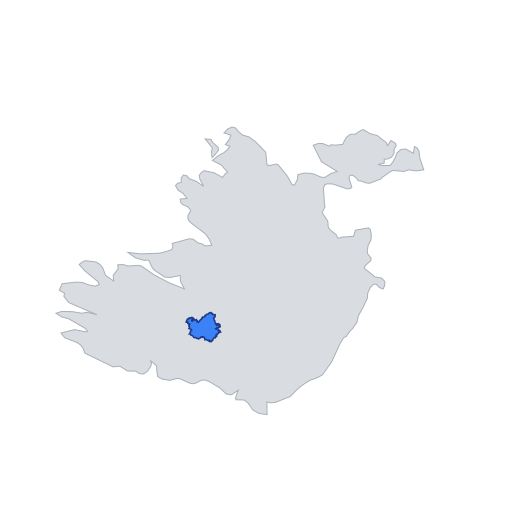 location of Cashel-Tipperary Lea-7, South Tipperary, Ireland, rotated 41°
{"feature_id": "5873133B11959666540716", "entity_name": "Cashel-Tipperary Lea-7", "entity_type": "district", "adm_level": 2, "iso_a3": "IRL", "parent_name": "Ireland", "parent_adm1": "South Tipperary", "projection": "orthographic", "projection_center": [-8.111, 52.526], "detail": "fine", "context": "in_parent", "style": "filled", "palette": "blue", "viewbox_px": 512, "rotation_deg": 41, "n_neighbors": 0, "source": "geoboundaries", "source_scale": "gbopen_adm2", "svg_char_len": 8770}
<svg xmlns="http://www.w3.org/2000/svg" viewBox="0 0 512 512"><g transform="rotate(41 256 256)"><path d="M312.2,95.1L303.5,101.4L302.2,103.8L299.8,113.3L299.6,116.0L294.1,126.5L291.0,128.7L286.4,130.4L283.8,132.1L280.4,131.3L276.2,131.5L274.1,133.4L274.2,134.8L275.5,136.5L283.3,141.3L282.9,143.3L280.7,145.6L266.7,151.3L262.5,154.7L261.1,157.0L262.5,160.7L273.8,172.1L275.7,173.3L277.4,179.9L287.3,182.6L291.4,186.7L295.0,187.7L302.6,187.3L305.7,188.8L307.4,187.6L308.4,185.4L316.8,177.2L314.1,171.3L322.5,160.9L324.9,161.0L328.9,164.1L332.3,168.4L333.5,174.2L336.7,179.3L338.8,181.1L344.3,182.1L345.6,184.1L344.8,191.7L345.6,194.2L359.6,193.7L365.1,190.3L370.0,190.7L372.5,194.1L373.6,197.5L369.5,198.9L365.1,198.3L363.1,200.7L363.0,205.1L364.7,210.8L367.7,214.7L370.3,223.8L372.5,233.9L375.7,239.9L376.5,247.4L376.2,251.2L376.9,257.8L375.7,260.2L376.8,266.5L382.6,286.6L384.1,302.4L381.7,308.4L378.4,314.1L376.3,320.8L374.7,328.1L374.0,339.7L366.8,353.5L363.7,357.0L360.0,359.1L368.4,368.4L361.8,372.8L354.6,374.3L346.5,372.1L341.5,372.5L335.2,377.6L333.7,376.7L330.6,368.9L328.5,377.0L323.9,379.7L315.9,379.2L302.6,381.5L297.5,383.9L295.4,387.5L293.9,391.6L291.8,394.1L289.5,395.4L279.2,398.5L277.1,399.8L272.4,406.5L266.1,410.4L260.9,411.5L256.3,407.6L254.4,405.3L252.3,404.1L245.2,404.2L247.4,405.4L248.9,408.2L249.6,413.5L248.7,418.7L245.2,421.3L241.0,421.7L234.4,427.1L225.6,428.5L220.9,433.4L191.8,441.3L190.1,441.4L186.2,439.2L181.8,438.2L177.5,438.8L165.3,443.2L159.4,442.1L167.2,430.7L177.3,425.0L178.4,423.5L175.1,422.6L156.0,426.2L149.2,429.5L142.6,430.4L145.8,425.2L154.5,418.1L162.0,413.6L165.3,409.4L174.4,404.7L145.2,414.0L137.6,412.6L135.9,409.7L130.0,410.9L127.9,404.1L137.0,394.1L142.2,389.9L148.3,387.7L154.2,384.5L156.5,380.4L153.8,379.0L136.4,379.5L128.1,378.4L128.6,375.1L130.3,371.5L139.1,365.5L143.7,364.7L147.9,365.4L155.1,369.3L164.9,368.3L160.9,364.2L160.4,356.1L157.4,353.3L161.4,349.6L166.0,347.5L173.7,339.9L176.5,338.7L191.4,337.1L207.6,333.3L223.6,327.8L215.5,324.6L211.6,320.4L205.2,328.7L200.7,331.9L187.8,333.4L183.8,332.3L178.1,329.6L176.3,330.6L174.6,332.6L166.1,336.5L157.1,337.3L167.7,330.0L181.1,317.4L184.1,313.4L188.3,306.4L187.1,303.3L184.5,301.5L194.1,287.1L197.5,284.5L203.5,284.2L208.0,282.0L210.0,282.0L211.7,281.2L215.6,276.9L209.7,274.0L203.6,272.5L184.5,273.7L182.0,273.3L179.6,272.0L178.1,270.0L177.1,265.1L175.7,263.9L171.4,263.8L167.2,265.3L164.2,265.0L161.4,262.8L166.1,257.9L160.2,256.6L154.1,257.4L149.1,255.7L149.1,252.6L151.4,249.5L148.5,246.4L148.0,242.6L151.2,240.8L154.7,241.5L161.8,238.9L170.9,237.8L163.2,234.8L160.2,232.4L160.1,228.8L160.8,225.7L169.8,220.7L179.4,218.6L178.8,215.1L179.5,211.4L170.0,210.1L160.4,212.5L161.6,205.4L164.0,199.1L164.6,194.8L164.2,190.3L159.8,192.1L159.4,185.7L157.7,181.3L151.1,184.1L151.4,178.3L153.4,174.3L156.8,172.7L160.2,173.5L166.5,173.6L172.6,170.7L181.3,170.1L195.2,171.3L204.6,180.1L207.1,178.6L211.0,173.2L212.8,172.6L227.1,175.1L236.1,178.3L238.5,177.4L237.2,171.3L234.2,167.1L238.1,161.7L242.8,158.0L245.9,156.2L253.1,153.9L256.3,151.8L258.4,144.8L261.7,138.9L243.6,141.9L226.5,134.9L229.3,130.0L232.9,127.2L239.2,125.1L239.8,122.6L243.0,120.5L248.2,114.9L246.3,107.6L247.3,102.3L251.1,98.8L252.3,93.9L253.9,90.2L261.5,88.9L268.7,85.5L279.9,85.0L282.8,86.4L282.1,80.3L287.3,79.5L289.4,80.7L290.3,85.0L292.7,87.7L293.5,92.4L291.9,96.1L289.3,98.9L291.8,101.8L288.0,107.0L292.1,104.8L297.9,99.6L297.6,95.5L296.5,90.2L294.8,85.5L295.6,80.3L298.8,77.0L307.4,75.3L303.8,69.4L306.9,68.8L310.3,70.0L315.4,74.6L326.1,80.9L321.0,86.7L314.7,90.8L312.2,95.1ZM158.6,207.7L158.3,210.5L154.2,206.9L152.2,203.1L140.8,201.0L145.7,197.4L148.0,198.6L156.1,198.9L158.3,200.6L158.6,207.7Z" fill="#d9dde1" stroke="#a8b0b8" stroke-width="1"/><path d="M258.3,358.5L259.9,358.0L260.1,357.8L260.3,357.9L261.1,357.9L261.6,358.1L261.9,358.1L262.3,358.2L262.8,358.2L263.0,358.1L263.4,357.8L263.7,357.4L263.7,357.2L264.3,357.0L265.2,357.1L265.8,356.5L266.3,356.3L266.4,356.5L266.8,356.5L267.6,355.2L267.6,354.8L267.6,354.7L267.7,354.0L267.6,353.2L268.0,353.2L267.8,353.2L268.0,353.1L268.0,352.9L268.5,352.7L268.3,352.2L268.7,351.8L269.1,352.0L269.1,351.5L269.3,351.4L270.6,351.4L270.7,351.5L271.0,352.0L271.7,352.1L271.9,352.3L272.1,352.1L272.3,352.2L272.5,352.6L272.7,352.3L272.6,352.2L272.8,351.9L273.3,351.9L273.5,351.7L273.9,351.6L275.2,351.3L275.1,351.0L275.7,350.8L275.8,350.2L276.0,350.1L276.4,350.4L276.5,350.6L276.6,350.4L276.9,350.4L277.1,350.6L277.4,350.8L277.5,350.4L277.4,349.9L277.9,349.8L278.4,350.0L278.5,349.6L278.4,349.6L278.3,349.3L278.3,348.8L278.4,348.3L278.6,347.8L278.2,347.5L278.3,347.3L278.2,346.9L278.0,346.6L278.1,346.2L278.0,345.8L278.1,345.5L278.0,345.3L278.0,345.1L278.2,344.8L278.6,344.8L278.7,344.7L279.0,344.5L279.0,344.3L278.8,344.2L278.7,344.0L278.8,343.7L278.7,343.4L278.8,343.3L278.6,343.4L278.6,343.2L278.4,343.3L278.3,343.1L278.2,343.1L278.2,342.8L278.4,342.6L278.5,342.8L278.7,342.5L278.9,342.4L278.7,342.2L278.7,341.9L278.4,341.9L278.3,342.0L278.0,342.1L277.9,341.9L278.0,341.9L278.0,341.7L277.6,341.5L277.7,341.4L277.7,341.2L277.8,341.2L277.8,340.9L278.2,340.4L278.0,340.1L278.0,339.9L278.2,339.6L278.3,339.3L278.1,339.2L278.0,338.6L278.4,338.6L278.4,338.2L278.2,338.1L278.4,337.9L279.0,336.9L279.2,336.7L278.0,336.1L277.7,336.6L277.4,336.4L277.2,336.3L277.2,336.5L276.9,337.2L276.3,336.8L276.4,336.7L275.0,336.1L274.9,336.2L275.0,336.4L274.9,336.5L274.2,336.6L274.1,337.1L274.0,337.3L273.7,337.2L273.6,337.4L273.4,337.4L273.7,337.0L273.7,336.9L273.6,336.6L273.6,336.3L273.5,336.1L273.5,335.9L274.0,335.7L274.5,335.0L274.4,334.7L274.5,333.9L274.7,333.7L275.1,333.9L275.3,333.1L274.6,332.9L274.9,332.4L274.5,332.2L274.3,332.2L274.1,332.1L274.1,331.9L273.9,331.6L273.6,331.8L273.5,332.1L273.3,332.5L273.1,332.6L272.9,332.5L272.5,332.5L272.7,332.1L272.4,331.8L272.4,331.6L272.2,331.6L272.1,331.9L271.9,332.2L271.5,332.4L271.8,332.8L271.8,333.0L271.7,333.1L271.8,333.3L272.3,333.4L272.2,333.8L271.9,333.7L271.8,334.0L271.6,333.9L271.2,333.6L270.7,333.6L270.5,333.4L270.3,333.8L269.5,333.3L268.6,333.1L268.0,332.4L267.7,332.1L267.0,331.8L266.5,331.9L265.5,331.0L265.0,330.9L265.0,330.7L264.7,330.5L264.8,330.2L264.7,330.0L264.8,329.9L264.8,329.7L265.0,329.3L265.1,328.9L265.0,328.6L264.5,328.3L264.2,327.7L263.7,327.1L263.3,327.6L263.2,327.8L262.9,327.8L262.5,328.0L262.4,328.0L261.9,328.3L261.7,328.2L261.4,328.2L261.3,328.4L261.2,328.3L261.1,328.5L260.9,328.6L260.5,328.5L260.5,328.4L260.3,328.5L260.4,328.4L260.2,328.4L260.0,328.2L259.7,328.4L259.4,328.2L259.3,328.3L259.3,328.2L259.1,328.2L258.9,328.3L258.9,328.5L258.7,328.6L258.4,329.0L258.5,329.1L258.2,329.4L258.2,329.7L257.9,330.3L258.1,330.9L258.0,331.4L257.9,331.5L257.5,331.7L257.4,331.9L257.2,332.2L257.0,332.3L256.9,332.5L257.0,332.9L257.0,333.5L256.8,333.6L256.6,333.9L256.6,334.7L257.1,334.9L257.2,335.5L256.9,336.1L256.6,336.4L256.3,336.5L256.2,336.6L256.3,336.7L255.8,337.0L255.7,337.3L255.6,337.6L256.0,337.8L256.2,338.1L256.3,338.4L256.1,338.5L256.2,338.9L256.0,339.0L255.8,339.3L255.6,339.3L255.8,339.4L255.9,339.6L255.9,339.8L256.0,340.0L256.2,339.9L256.2,340.0L256.1,340.7L255.9,340.9L255.9,341.1L255.8,341.9L256.1,342.1L256.2,342.8L255.9,343.3L255.9,343.7L255.9,343.9L255.6,343.8L255.5,344.0L255.2,344.2L254.9,344.2L254.5,344.4L254.4,344.2L254.5,344.1L254.4,343.7L254.3,343.4L253.9,343.4L253.7,343.3L253.5,343.7L252.7,343.2L252.5,343.7L252.5,343.9L252.2,344.2L251.6,344.5L251.2,344.3L250.8,344.7L250.3,344.8L250.3,345.0L250.5,345.0L250.7,345.4L250.7,345.8L251.0,346.0L250.9,346.1L250.8,346.3L250.7,346.4L250.5,346.9L250.4,346.9L250.4,347.1L250.1,347.2L249.8,347.0L249.6,346.6L249.8,346.2L250.0,345.9L250.0,345.7L249.8,345.6L249.8,345.3L249.6,345.4L249.5,345.0L249.8,344.9L249.7,344.7L249.8,344.3L249.8,344.1L249.5,344.1L249.4,344.0L249.2,344.0L248.9,344.2L248.3,344.3L248.2,344.3L248.3,344.5L248.3,344.8L247.8,345.0L248.0,345.3L247.9,345.5L247.6,345.8L247.3,345.7L247.1,345.8L247.0,346.1L246.5,346.2L246.5,346.4L246.4,346.7L246.2,346.8L246.5,347.2L246.5,347.4L246.6,347.6L246.6,347.9L246.1,348.2L246.1,348.3L245.6,348.5L245.8,349.2L245.9,349.4L246.0,350.1L246.3,351.0L246.5,351.4L246.8,351.8L247.1,351.5L247.3,350.9L247.6,350.6L247.9,350.5L248.5,351.5L248.9,351.7L250.1,351.0L250.3,351.5L250.7,351.1L250.8,351.3L251.0,351.5L250.9,351.8L251.1,352.1L251.1,352.3L251.2,352.5L251.2,352.8L251.3,353.0L252.0,352.9L252.4,353.3L252.8,353.6L252.9,354.1L252.8,354.4L252.9,354.8L253.6,354.7L253.7,354.4L254.0,354.3L254.2,354.2L254.4,354.2L254.9,354.0L255.9,354.0L256.0,354.1L255.9,354.2L256.0,354.3L256.2,354.5L255.9,354.7L256.1,354.9L256.1,355.0L256.1,355.3L256.0,355.6L256.1,355.8L256.0,356.3L256.3,356.5L256.7,357.0L256.7,357.4L256.8,357.6L256.8,358.4L257.1,358.1L257.5,357.9L257.7,358.1L257.9,358.2L258.1,358.4L258.3,358.5Z" fill="#3b82f6" stroke="#1e3a8a" stroke-width="1.5"/></g></svg>